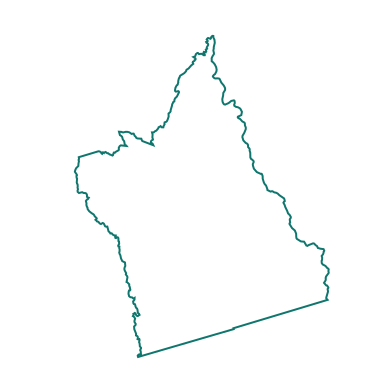 outline of Rondolândia, Mato Grosso, Brazil, rotated 343°
{"feature_id": "56859067B82212830929298", "entity_name": "Rondolândia", "entity_type": "district", "adm_level": 2, "iso_a3": "BRA", "parent_name": "Brazil", "parent_adm1": "Mato Grosso", "projection": "natural_earth1", "projection_center": [-60.996, -10.314], "detail": "fine", "context": "isolated", "style": "outline", "palette": "teal", "viewbox_px": 384, "rotation_deg": 343, "n_neighbors": 0, "source": "geoboundaries", "source_scale": "gbopen_adm2", "svg_char_len": 5977}
<svg xmlns="http://www.w3.org/2000/svg" viewBox="0 0 384 384"><g transform="rotate(343 192 192)"><path d="M191.8,335.3L191.8,334.4L290.1,334.8L289.3,333.0L289.6,332.1L292.9,327.1L293.2,325.7L293.2,324.9L293.5,324.2L294.2,323.8L294.5,323.1L293.8,320.9L293.0,320.5L291.7,317.5L293.9,315.6L294.6,314.2L294.6,313.4L295.5,312.0L298.9,309.5L299.2,308.9L299.3,307.6L300.1,305.9L299.9,305.1L299.2,304.4L298.0,301.7L295.8,299.5L295.3,297.9L295.8,295.8L296.5,295.0L297.3,292.9L297.3,291.1L299.1,289.9L300.1,288.5L300.4,287.6L301.3,286.9L301.1,285.1L298.3,283.8L296.0,282.3L295.8,280.4L294.7,279.0L293.7,277.0L292.8,276.5L287.7,276.9L286.7,277.3L285.7,276.6L284.7,272.3L281.7,271.1L278.6,267.5L278.4,266.8L278.6,265.3L279.4,262.3L279.1,258.9L277.1,255.7L275.9,251.1L276.1,250.5L276.9,250.0L277.4,247.0L277.7,246.5L278.9,245.6L279.2,244.8L278.8,242.8L277.6,240.5L277.5,238.0L276.8,233.5L276.8,231.6L276.3,229.0L277.1,228.2L278.0,227.9L278.2,227.0L278.2,225.1L274.6,220.6L273.6,218.7L272.4,217.4L270.4,216.3L269.3,214.9L268.6,214.6L267.3,214.6L264.7,212.2L264.9,210.8L264.7,207.4L263.9,205.9L263.5,203.9L263.5,200.0L264.2,197.4L264.1,195.4L263.8,194.9L263.1,194.8L259.8,191.9L258.0,187.8L258.0,184.6L258.3,183.1L259.6,181.6L259.9,180.9L259.9,180.3L258.9,178.5L258.1,177.5L257.9,176.0L259.2,171.5L259.2,169.3L259.7,167.9L259.6,167.2L258.8,165.5L259.3,163.4L259.1,162.4L258.7,161.7L257.7,160.8L256.2,157.7L256.2,154.3L256.8,153.0L259.3,150.7L261.8,147.6L262.3,146.0L262.1,143.7L262.6,141.8L262.4,140.9L260.7,139.2L259.4,136.3L257.8,134.7L257.6,133.9L257.9,133.4L261.6,132.9L263.2,129.9L262.6,126.7L262.1,125.8L260.7,124.4L258.8,123.3L257.7,121.9L257.8,120.9L258.8,119.6L259.1,118.7L259.3,117.3L258.9,116.6L256.2,116.4L252.9,117.7L249.2,118.1L248.3,117.5L247.9,116.6L247.6,114.7L248.1,112.1L250.0,108.8L250.9,106.4L253.5,104.1L254.0,102.4L253.9,101.5L253.5,99.4L252.0,95.9L251.5,92.1L251.0,91.4L249.4,90.7L247.6,90.3L246.7,89.7L245.9,88.3L245.8,87.4L247.0,86.5L248.6,85.9L250.6,83.8L251.3,82.3L251.6,79.7L251.1,76.6L250.1,74.2L249.1,72.8L249.9,69.8L251.2,68.3L253.3,66.5L253.6,65.6L253.8,62.9L254.9,60.8L255.1,59.9L257.4,56.0L258.0,52.9L257.6,50.6L258.0,49.0L257.4,48.7L256.7,48.8L255.5,49.6L255.0,50.6L254.5,50.9L252.4,49.4L251.4,49.8L250.6,50.5L251.2,51.8L251.0,52.5L250.4,53.0L249.9,52.7L249.4,52.7L249.5,53.5L250.3,54.4L250.7,55.2L250.5,56.1L248.5,57.9L248.1,58.8L248.3,59.4L246.8,59.9L246.8,61.5L246.2,61.7L246.0,62.4L245.1,62.1L244.3,61.5L243.7,62.2L244.4,64.3L244.2,64.9L243.3,64.7L241.8,62.9L241.2,62.5L239.0,62.2L238.5,61.0L237.8,60.6L235.9,61.4L235.2,62.6L234.5,63.2L232.8,63.3L234.4,65.3L234.3,66.0L233.9,66.5L233.1,66.6L232.7,67.3L231.0,67.7L230.5,68.4L230.7,69.8L228.3,70.7L224.8,72.9L222.5,73.5L221.4,74.9L219.3,76.1L214.8,77.3L214.2,77.8L213.5,79.0L212.8,79.3L211.2,82.0L210.9,83.3L210.4,83.8L209.8,85.0L209.3,85.4L208.6,85.5L207.5,86.6L206.7,87.4L205.5,89.7L205.4,90.5L205.8,91.2L206.6,91.4L208.3,91.5L208.8,92.1L208.7,92.9L205.5,96.3L203.2,97.5L202.1,98.8L201.6,100.2L200.2,100.6L199.5,101.6L198.7,102.3L198.1,103.6L195.5,107.5L195.2,108.5L194.4,109.3L192.5,110.1L191.7,113.1L189.9,115.6L188.7,116.9L188.1,117.3L186.2,117.4L185.7,118.2L185.5,119.4L184.3,120.4L183.5,121.8L182.0,121.3L181.2,119.8L180.2,120.2L179.0,120.3L178.3,121.3L175.8,122.9L174.3,123.1L172.9,123.8L171.2,123.3L171.1,125.6L170.1,128.1L170.0,130.5L168.5,130.9L167.6,131.5L167.2,132.5L168.5,134.5L168.7,136.0L159.6,128.9L159.2,128.3L159.1,126.2L155.8,125.0L154.9,124.4L154.4,123.6L154.3,122.6L153.6,121.6L153.3,119.2L152.8,118.9L151.2,118.8L149.6,116.7L148.0,115.7L146.3,115.1L143.5,114.9L142.1,113.9L139.8,113.0L139.7,116.5L140.9,117.9L141.3,118.9L141.2,121.5L142.0,123.6L141.5,127.4L142.7,128.3L142.9,128.9L137.6,126.6L136.7,126.8L136.0,127.2L134.9,128.3L134.5,130.0L134.0,130.6L130.4,131.4L129.7,131.9L128.7,131.5L128.3,132.2L127.8,132.6L127.3,133.6L126.7,133.9L125.5,133.0L125.1,132.5L124.3,132.1L123.1,130.4L122.3,130.2L121.1,128.5L120.2,128.7L119.8,128.5L119.2,129.0L118.7,128.2L118.2,128.0L117.2,129.2L116.7,128.6L116.5,127.3L115.5,126.2L114.4,125.7L93.9,125.6L93.6,127.4L92.9,128.2L92.9,129.5L91.7,131.7L90.9,133.9L88.1,135.4L86.8,136.9L85.9,138.4L86.9,141.6L86.9,142.3L86.2,142.8L85.8,144.8L86.0,145.6L84.6,149.1L84.5,150.3L84.8,151.2L84.4,153.1L83.8,154.4L83.8,156.0L83.0,157.1L82.7,158.4L83.6,159.9L86.9,160.1L88.0,161.2L90.0,162.0L90.6,163.1L90.7,164.1L90.2,165.7L90.3,166.3L91.6,167.3L90.3,168.4L89.3,168.5L87.9,169.6L87.8,171.9L87.2,173.6L87.2,175.4L87.5,176.2L87.2,177.8L88.1,180.4L89.9,183.0L91.3,184.6L91.7,185.6L91.8,186.6L93.2,189.3L92.9,189.8L91.6,190.4L92.3,191.4L92.4,192.2L93.8,193.2L94.4,194.8L95.1,195.7L95.7,196.0L97.5,195.5L98.2,196.1L98.5,196.7L98.9,199.4L99.8,200.1L100.9,200.3L100.7,205.2L101.6,206.7L101.8,207.8L103.1,208.0L104.0,209.9L104.9,210.7L106.3,211.3L105.4,212.3L105.3,213.5L105.8,213.9L107.0,213.3L107.8,213.7L108.1,214.6L107.3,217.5L107.7,218.0L107.2,220.3L105.8,221.6L105.7,222.5L106.6,223.0L106.0,224.5L106.0,225.7L105.4,227.5L104.7,228.6L104.7,230.3L105.0,231.4L104.7,234.7L105.1,237.7L107.3,239.8L106.6,243.2L105.6,244.3L104.8,245.8L104.7,247.4L105.3,250.4L104.6,251.5L105.4,253.7L105.3,254.8L103.1,258.9L103.6,259.3L105.0,261.9L104.5,263.4L104.7,264.4L104.5,267.0L104.4,267.6L103.9,268.0L103.0,267.8L102.4,268.6L101.5,270.8L101.4,273.3L102.3,274.6L103.9,275.3L104.6,276.5L105.3,276.7L106.1,276.5L105.5,278.2L103.7,279.4L103.4,281.4L103.7,282.2L104.6,282.6L104.7,283.7L104.5,284.9L104.7,286.4L105.4,287.4L105.4,288.9L104.9,291.8L105.7,292.9L105.9,294.2L103.8,294.8L103.1,294.3L102.7,293.8L102.4,291.4L101.8,290.9L101.1,291.3L100.3,291.4L100.3,292.3L99.2,293.4L100.0,294.2L100.6,296.4L99.3,298.4L99.0,299.5L99.6,301.7L99.2,302.6L97.3,303.7L96.7,306.4L97.1,311.3L96.5,312.8L97.6,313.9L97.8,314.6L97.6,315.5L96.9,316.8L97.6,317.3L98.6,317.2L98.6,318.2L97.5,320.1L97.6,321.6L97.0,324.3L97.7,326.1L97.4,326.9L96.7,327.3L96.2,328.1L96.4,329.2L95.7,332.5L94.1,331.8L92.8,332.2L92.2,332.7L92.2,334.0L191.8,335.3Z" fill="none" stroke="#0f766e" stroke-width="2"/></g></svg>